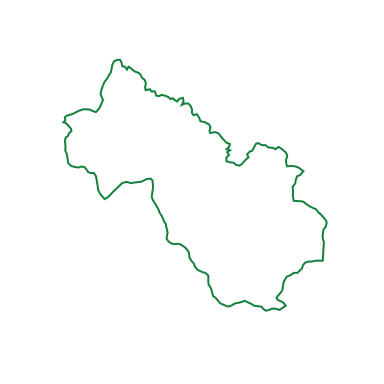 outline of Aguaí, São Paulo, Brazil, rotated 30°
{"feature_id": "56859067B42801788146128", "entity_name": "Aguaí", "entity_type": "district", "adm_level": 2, "iso_a3": "BRA", "parent_name": "Brazil", "parent_adm1": "São Paulo", "projection": "robinson", "projection_center": [-47.051, -22.058], "detail": "fine", "context": "isolated", "style": "outline", "palette": "green", "viewbox_px": 384, "rotation_deg": 30, "n_neighbors": 0, "source": "geoboundaries", "source_scale": "gbopen_adm2", "svg_char_len": 3446}
<svg xmlns="http://www.w3.org/2000/svg" viewBox="0 0 384 384"><g transform="rotate(30 192 192)"><path d="M278.1,118.3L274.9,117.9L272.0,117.6L268.0,118.4L264.6,119.9L261.6,122.2L259.6,120.5L257.3,117.2L256.9,114.0L255.3,111.9L253.0,110.7L250.1,110.2L247.2,109.7L244.4,109.7L242.8,113.2L239.9,113.3L235.7,115.3L232.1,114.7L229.8,116.1L227.0,116.6L224.6,116.6L223.2,118.6L223.4,122.2L223.5,126.4L221.8,128.1L220.9,131.8L223.6,133.7L222.5,136.9L221.8,139.5L221.4,142.4L220.0,145.4L216.4,146.5L213.2,145.8L210.6,147.1L206.6,148.1L204.5,145.1L205.5,141.4L202.5,139.8L204.0,136.9L200.5,137.5L201.6,135.0L200.9,131.6L197.2,132.0L194.9,131.4L191.4,130.3L188.7,129.3L185.7,127.9L181.8,128.7L178.3,131.9L176.5,130.3L175.9,127.0L173.2,125.0L168.2,125.1L164.0,126.5L161.1,124.1L157.4,122.2L154.9,124.7L152.3,123.5L150.8,120.5L148.0,118.3L144.6,117.2L141.6,119.0L139.6,121.6L139.4,117.8L137.1,115.0L134.4,117.6L133.9,121.1L130.8,121.0L128.5,120.4L126.7,122.4L124.2,121.6L121.1,122.0L117.3,123.0L115.6,125.4L112.9,126.4L109.5,123.5L106.6,125.1L104.0,124.1L101.0,127.0L98.9,124.7L97.9,121.2L95.3,118.7L91.4,118.0L89.4,116.4L86.2,115.5L82.2,116.2L79.3,115.9L76.9,115.3L74.3,115.3L74.5,118.5L71.1,117.0L68.8,118.0L66.7,115.5L63.6,113.5L61.2,114.9L59.1,118.0L59.4,121.7L60.7,125.2L61.9,129.0L61.7,132.7L61.8,136.1L61.2,140.7L61.8,145.4L62.7,149.7L63.8,152.9L66.2,154.8L68.9,156.9L69.4,160.7L69.9,166.1L68.8,170.8L65.3,171.6L62.4,171.7L59.5,173.0L56.4,174.8L53.5,178.1L49.6,184.1L47.9,186.0L45.4,188.5L44.4,190.9L46.4,193.2L45.8,195.9L48.2,195.4L50.9,196.1L53.4,196.9L55.6,197.7L57.2,199.7L56.2,202.4L56.4,205.7L55.5,208.2L56.2,210.7L58.4,214.1L60.2,216.7L61.3,219.3L64.0,221.2L66.8,224.3L70.0,228.6L73.0,229.7L75.4,229.7L77.9,228.9L81.4,227.6L83.6,225.2L86.5,224.2L89.6,225.3L92.2,226.7L94.8,226.2L97.5,224.6L100.9,226.3L106.7,233.2L109.6,237.0L112.8,239.3L116.1,240.5L119.8,241.9L121.8,238.5L122.8,234.7L123.8,230.4L124.9,226.7L127.2,219.0L130.6,215.7L134.6,215.0L137.3,212.7L140.2,210.5L142.9,208.5L144.5,206.2L146.5,203.2L149.7,201.0L152.1,201.9L153.8,204.3L155.8,207.1L157.4,211.1L159.5,216.4L162.4,218.7L166.4,220.8L169.4,222.6L171.9,224.0L174.4,226.2L177.6,227.7L180.4,229.7L182.7,231.6L185.2,232.7L186.8,234.7L189.3,237.2L191.3,239.6L192.2,242.3L193.3,245.1L196.6,246.7L199.9,246.8L202.6,246.1L205.4,244.1L207.7,243.2L210.5,243.2L213.7,243.5L216.6,244.4L219.8,246.2L222.4,249.8L225.5,251.8L228.9,252.8L232.7,255.6L235.8,256.6L240.7,256.2L243.7,255.5L247.8,256.1L250.4,260.6L252.3,263.5L255.9,265.5L257.9,267.1L260.0,269.3L262.2,271.5L265.9,272.0L268.4,273.0L272.2,274.3L275.1,273.9L277.8,273.7L280.9,273.0L282.8,270.8L285.0,267.0L287.2,265.1L289.4,263.0L292.2,259.8L296.3,259.6L299.3,259.2L302.2,259.5L304.4,258.8L307.2,257.4L309.8,256.6L312.2,257.6L315.3,257.9L317.9,255.5L319.3,253.4L321.7,251.7L324.3,250.9L326.8,250.3L328.3,247.3L330.0,243.6L326.7,242.2L323.5,242.2L320.1,242.6L318.0,241.3L318.6,237.3L319.3,234.0L319.2,231.0L317.6,227.5L316.3,223.8L316.4,217.9L318.5,215.4L320.7,211.0L323.7,209.4L325.5,203.3L324.6,199.6L325.5,196.4L327.9,193.8L330.6,192.4L332.4,190.5L334.7,188.9L339.6,186.1L331.2,169.3L329.2,167.7L327.1,164.8L325.9,161.7L324.6,158.9L325.2,155.4L324.0,151.2L322.2,149.6L314.9,147.0L312.3,146.6L308.4,145.0L304.7,145.3L301.0,145.6L296.8,145.3L293.4,144.7L290.9,145.6L284.4,148.8L281.5,145.3L279.1,140.8L276.6,137.3L277.1,132.9L275.9,130.0L275.1,125.9L277.1,123.3L278.1,118.3Z" fill="none" stroke="#15803d" stroke-width="2"/></g></svg>